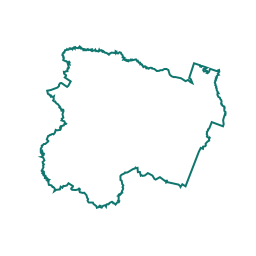 Chau Duc, Bà Rịa - Vũng Tàu, Vietnam (orthographic projection), rotated 110°
{"feature_id": "81297802B77796697839152", "entity_name": "Chau Duc", "entity_type": "district", "adm_level": 2, "iso_a3": "VNM", "parent_name": "Vietnam", "parent_adm1": "Bà Rịa - Vũng Tàu", "projection": "orthographic", "projection_center": [107.232, 10.656], "detail": "fine", "context": "isolated", "style": "outline", "palette": "teal", "viewbox_px": 256, "rotation_deg": 110, "n_neighbors": 0, "source": "geoboundaries", "source_scale": "gbopen_adm2", "svg_char_len": 5793}
<svg xmlns="http://www.w3.org/2000/svg" viewBox="0 0 256 256"><g transform="rotate(110 128 128)"><path d="M123.3,214.9L123.5,213.1L124.1,212.7L123.7,211.6L124.3,210.9L124.5,211.2L125.0,211.0L124.4,209.8L124.6,209.1L123.7,208.5L125.1,208.3L126.2,207.6L127.8,207.8L128.3,206.0L128.0,205.5L129.3,203.9L129.7,201.9L131.3,199.3L132.8,199.9L132.3,199.5L132.5,197.9L134.5,196.4L134.1,195.7L133.2,196.2L133.7,195.4L133.1,195.5L133.0,195.1L134.1,194.4L137.5,194.3L140.4,192.3L142.0,193.4L142.6,192.9L143.6,193.1L143.5,190.1L145.1,188.6L145.1,187.7L145.5,187.8L146.1,189.2L147.5,189.2L148.7,190.9L149.6,191.0L149.5,191.9L151.2,192.0L151.7,190.9L152.9,191.0L154.5,193.9L154.5,195.3L157.4,195.1L159.4,195.8L159.3,196.5L160.1,197.8L160.8,198.1L161.2,199.0L162.0,199.3L162.8,200.3L166.5,200.4L167.5,198.4L167.9,198.4L171.3,200.3L171.9,201.7L173.1,202.1L174.1,203.0L175.3,202.4L177.2,202.9L180.0,201.9L180.1,201.2L179.0,200.8L180.4,199.7L181.3,200.9L182.0,199.8L181.1,198.2L182.2,198.0L183.4,199.0L184.4,198.7L184.8,199.4L184.8,197.6L187.0,195.5L189.2,196.6L190.7,195.6L190.9,194.6L192.5,194.9L193.8,194.0L197.8,194.5L198.3,193.7L197.6,192.6L198.0,192.0L198.6,192.1L198.5,193.0L199.7,193.0L199.6,191.9L200.5,191.9L201.4,191.2L201.5,190.6L200.6,190.6L201.2,190.2L201.3,189.3L203.5,189.0L203.5,188.6L202.2,188.3L203.5,187.3L202.9,186.7L203.5,185.9L203.6,184.6L205.0,185.8L205.2,184.4L206.1,184.4L208.5,182.9L208.1,180.2L209.3,178.7L209.0,178.0L209.6,176.7L210.6,175.6L212.5,175.6L210.7,174.4L209.0,171.0L206.2,171.2L206.6,169.3L204.5,168.9L204.4,168.0L202.9,165.8L200.3,165.0L201.4,159.9L202.1,159.7L204.2,160.7L204.8,160.4L205.2,159.4L204.1,155.8L202.9,154.0L201.6,153.3L202.0,152.3L203.6,152.2L204.8,151.3L204.5,148.4L203.8,146.9L205.4,144.0L207.5,142.6L208.4,141.2L210.0,141.2L211.2,139.9L211.4,139.3L210.1,135.5L211.2,134.4L212.3,130.9L213.6,130.0L212.4,128.5L210.7,128.1L210.6,127.5L211.9,127.5L211.8,125.5L210.1,125.2L208.7,123.6L208.4,122.9L209.3,121.8L207.4,122.1L206.7,121.5L206.4,120.2L204.7,119.7L202.8,117.8L203.0,116.9L203.8,116.1L203.5,115.0L204.2,113.5L201.5,112.6L201.0,111.3L199.7,111.2L199.5,112.4L198.8,112.2L195.4,113.4L195.3,114.1L194.4,113.5L194.0,113.9L193.4,113.7L193.0,113.3L193.4,112.6L191.9,111.9L191.3,112.1L190.7,111.3L189.7,112.1L187.3,111.8L186.1,112.0L185.5,112.9L183.5,112.8L182.7,114.2L179.6,116.0L179.5,117.2L175.8,118.7L174.3,118.2L171.5,115.5L170.8,115.5L170.3,113.8L169.2,112.7L164.8,109.2L163.7,107.6L162.6,107.4L162.8,105.9L162.3,105.4L166.1,103.6L165.3,101.8L168.4,99.7L167.7,99.1L168.0,97.9L166.9,96.0L163.6,93.9L164.3,88.8L166.9,85.6L167.0,84.4L163.3,81.2L165.1,75.2L163.8,72.7L165.3,73.9L166.2,73.5L165.4,72.4L163.9,61.2L164.8,59.0L165.4,58.5L162.3,57.7L163.1,54.0L126.1,53.3L121.8,52.8L121.9,50.5L119.9,51.1L118.7,49.2L117.8,48.9L116.1,49.7L113.5,48.6L112.0,47.4L110.0,48.4L109.7,47.9L109.1,47.9L108.9,48.4L109.6,49.0L109.1,50.9L107.8,50.9L106.8,52.0L105.5,52.0L104.7,52.6L102.9,51.9L101.9,52.3L100.7,51.5L93.8,51.3L93.9,39.3L91.7,39.4L88.3,41.2L87.1,41.4L83.7,41.6L82.7,41.1L82.5,41.6L81.6,41.7L81.2,41.2L79.6,41.9L79.6,42.6L78.9,43.3L76.8,44.2L76.1,44.0L75.8,44.6L74.9,44.8L74.8,46.7L73.6,47.9L73.9,48.2L73.1,48.9L71.2,49.1L69.8,50.0L69.5,50.9L68.1,52.0L67.9,53.6L66.6,55.0L65.6,55.6L64.9,55.3L64.5,55.6L64.3,54.9L62.1,57.6L60.4,58.2L60.1,59.1L58.8,59.2L57.9,60.7L56.9,60.7L55.7,62.0L54.2,61.9L54.4,62.5L53.9,62.0L53.4,62.3L52.7,61.8L51.9,61.9L51.7,62.3L50.7,61.9L50.4,62.3L50.2,61.8L48.8,62.3L47.5,61.5L46.8,61.9L46.7,61.3L46.1,62.0L44.7,61.7L44.2,62.6L43.6,61.6L42.4,62.3L44.2,64.2L44.3,71.1L47.4,71.1L49.3,72.0L49.3,72.8L48.5,72.5L47.3,73.4L47.3,74.4L47.9,74.4L48.9,75.9L48.0,77.1L46.8,77.2L46.5,76.3L44.3,74.3L44.4,79.6L44.9,80.6L45.5,80.4L45.5,81.3L44.4,81.6L44.6,88.1L60.0,87.6L60.7,85.6L63.8,82.9L63.5,85.1L62.3,88.0L64.3,89.9L63.1,95.2L64.0,101.4L64.5,102.2L64.5,104.6L63.6,107.0L59.7,109.9L59.4,112.1L60.2,114.1L61.9,115.4L62.7,117.5L63.5,118.1L64.6,120.4L63.5,123.4L63.9,125.7L63.4,126.1L63.7,127.5L64.5,128.8L65.2,128.9L65.2,130.2L64.8,130.8L65.3,131.0L64.8,131.7L65.2,131.8L64.2,133.1L64.9,134.6L65.1,134.1L65.5,134.4L63.8,136.5L62.8,136.5L63.6,136.9L63.7,137.7L63.1,138.3L63.6,138.5L62.5,139.3L62.9,140.2L61.5,141.8L62.1,142.2L60.8,144.0L62.9,147.2L62.4,147.7L62.9,148.1L62.8,148.6L63.6,148.6L63.5,149.2L64.2,149.8L64.0,150.5L64.7,151.0L65.2,150.8L65.3,151.8L64.6,151.6L64.4,152.5L64.5,153.3L65.2,153.7L65.1,154.7L64.5,154.9L65.1,155.7L63.2,155.5L63.4,157.2L62.6,157.2L61.4,158.1L60.7,159.6L59.7,160.4L59.7,161.9L61.4,162.9L61.4,164.2L60.9,164.5L61.4,164.7L60.2,165.1L60.1,165.7L60.9,165.3L61.4,166.0L62.0,165.9L62.8,169.3L64.2,170.3L64.5,171.0L65.6,171.1L64.8,173.8L65.1,175.8L64.5,176.5L65.2,178.0L64.8,178.5L64.4,177.6L64.1,177.8L64.0,179.9L65.1,180.9L64.3,181.8L65.2,181.8L65.1,182.5L65.7,181.6L66.2,181.9L66.3,183.8L66.7,184.3L65.6,185.5L66.5,185.7L67.4,187.7L68.0,188.0L68.0,188.4L67.2,188.4L67.4,189.2L66.6,189.2L67.8,191.0L67.8,192.0L68.9,191.3L67.7,192.7L68.6,193.4L68.6,194.2L69.3,194.1L70.1,196.4L68.9,196.5L69.5,199.4L68.9,199.9L69.0,199.2L68.6,199.3L68.1,200.8L68.7,201.0L68.2,201.4L70.1,202.2L70.5,204.8L70.0,205.3L70.6,206.2L71.5,205.6L71.3,206.3L72.0,206.5L72.0,207.2L72.8,207.3L72.4,207.7L73.3,208.6L72.8,209.2L73.1,210.2L74.4,210.4L74.9,211.0L74.8,212.0L75.3,211.8L76.5,213.8L78.1,213.6L78.5,214.1L79.0,214.0L79.4,214.4L79.7,214.1L81.2,214.8L82.1,214.5L82.4,213.6L83.5,213.1L83.3,212.8L84.2,212.2L86.3,212.1L86.6,209.2L86.3,208.7L86.7,207.8L86.6,206.3L85.9,206.0L86.3,205.3L87.3,205.4L88.1,204.8L88.0,206.7L91.5,204.2L92.2,204.9L92.8,204.5L93.4,205.1L95.3,204.3L96.1,206.0L97.1,206.6L97.2,207.4L98.8,206.6L99.6,204.3L100.5,204.1L102.1,204.7L103.8,197.8L108.7,198.5L110.2,199.3L108.5,205.9L109.0,207.0L110.8,207.6L112.2,207.2L114.1,208.1L118.8,213.6L120.6,216.7L123.3,214.9Z" fill="none" stroke="#0f766e" stroke-width="2"/></g></svg>